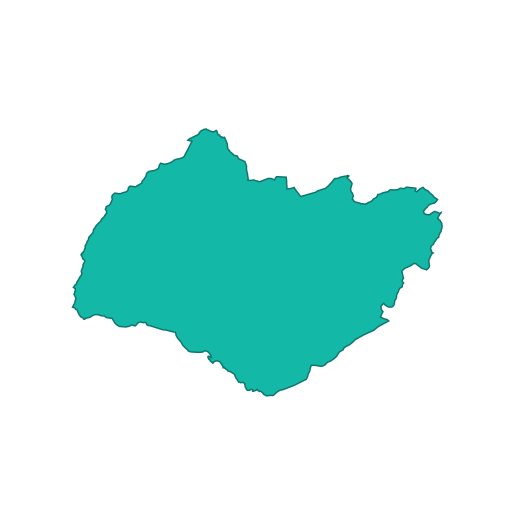 Certeju De Sus, Hunedoara, Romania, rotated 160°
{"feature_id": "2599482B85822746413379", "entity_name": "Certeju De Sus", "entity_type": "district", "adm_level": 2, "iso_a3": "ROU", "parent_name": "Romania", "parent_adm1": "Hunedoara", "projection": "robinson", "projection_center": [22.992, 45.969], "detail": "fine", "context": "isolated", "style": "filled", "palette": "teal", "viewbox_px": 512, "rotation_deg": 160, "n_neighbors": 0, "source": "geoboundaries", "source_scale": "gbopen_adm2", "svg_char_len": 6095}
<svg xmlns="http://www.w3.org/2000/svg" viewBox="0 0 512 512"><g transform="rotate(160 256 256)"><path d="M445.9,270.6L444.1,269.2L443.6,268.2L443.7,267.7L442.4,266.2L442.6,265.0L442.2,261.5L441.6,259.2L441.5,258.8L441.1,258.7L439.8,256.8L439.5,256.3L439.4,255.4L438.8,255.2L437.3,255.7L432.8,255.2L430.7,255.8L427.8,256.1L425.0,255.1L423.7,254.4L422.0,252.8L418.9,251.5L418.3,250.1L417.2,249.0L414.0,247.4L413.7,247.0L412.7,246.9L412.4,246.1L411.6,241.6L411.1,240.4L410.1,238.5L408.4,236.5L402.5,233.8L399.2,233.4L396.7,233.7L395.7,233.4L394.4,232.2L393.2,231.6L389.8,233.5L387.8,233.6L386.7,233.3L384.5,231.7L383.4,231.7L382.7,231.2L382.0,230.5L382.2,229.0L381.3,227.8L379.0,226.4L368.4,218.3L366.3,217.5L359.7,212.9L358.2,212.4L357.9,210.9L358.2,208.4L357.7,205.4L356.0,201.0L355.3,197.1L353.9,194.0L352.3,191.1L352.2,190.0L350.3,188.3L342.7,185.0L338.9,184.0L336.6,184.5L335.2,183.6L333.6,182.0L332.5,178.3L332.6,176.1L334.4,177.8L335.2,178.1L335.8,177.6L335.6,175.1L334.7,174.7L335.0,173.7L334.7,172.7L333.2,170.0L331.6,171.0L329.0,171.0L328.4,170.7L328.3,170.9L326.8,169.7L326.0,168.7L326.0,168.0L325.2,165.8L325.4,165.7L324.8,164.3L325.1,162.3L324.1,162.3L324.1,161.5L323.5,161.1L323.0,159.9L322.5,159.6L322.1,159.0L321.9,157.7L319.1,155.5L316.7,152.2L316.6,147.8L316.0,146.8L315.5,143.6L313.8,142.2L311.3,141.6L310.3,140.0L310.9,136.4L310.5,135.3L310.6,133.8L310.0,132.8L308.4,132.0L306.1,132.3L304.7,131.1L305.4,130.2L304.9,129.8L301.6,129.8L300.6,130.3L300.1,128.8L298.9,127.4L298.2,127.5L297.9,127.3L296.6,125.3L296.1,123.4L293.7,120.9L290.1,120.1L288.0,119.2L286.8,119.3L283.7,120.7L279.5,121.7L276.4,121.2L264.1,121.4L250.9,123.0L248.8,125.0L247.3,127.3L245.2,129.1L243.0,132.5L241.5,134.3L238.4,133.3L232.7,130.2L230.9,129.8L228.6,130.1L225.1,131.7L221.8,131.8L217.8,132.8L214.3,134.3L211.9,136.4L210.5,137.3L206.2,138.1L204.7,139.6L201.8,140.3L198.6,140.6L195.0,141.8L191.2,143.5L181.4,145.1L170.7,145.9L166.7,147.4L164.3,148.0L153.5,149.6L154.5,151.4L157.4,153.4L159.9,156.0L157.2,159.0L155.7,160.2L156.4,162.2L156.2,164.8L155.9,165.7L154.0,167.2L152.2,167.8L151.8,166.5L150.2,164.1L148.9,162.8L147.8,162.2L145.5,161.6L144.7,161.8L143.1,162.8L141.7,164.9L141.0,166.6L139.0,167.9L138.1,169.2L137.6,170.7L135.7,172.9L134.6,173.6L133.7,174.9L131.9,176.5L129.2,177.0L128.3,179.0L126.5,180.2L127.3,181.9L126.8,183.4L125.1,184.5L124.3,190.5L124.3,191.7L122.7,192.7L119.9,193.6L113.6,194.0L110.1,195.0L108.1,193.8L107.4,192.3L104.4,187.9L100.5,184.7L98.1,185.6L96.6,187.0L96.3,187.5L96.3,188.5L95.8,189.9L95.7,191.1L94.9,193.1L90.8,197.3L90.1,197.8L88.5,198.3L89.8,199.8L89.3,201.1L89.6,203.0L88.1,205.2L85.1,206.6L83.4,208.4L82.7,208.6L80.5,210.3L79.2,210.9L78.0,211.1L76.5,213.7L75.6,214.1L75.1,215.0L73.8,215.6L73.1,217.1L72.0,218.2L70.7,221.0L70.6,222.3L70.2,223.3L70.8,225.2L70.9,226.6L71.8,227.5L71.7,228.2L72.3,229.5L71.0,230.8L70.0,231.4L69.2,232.4L68.0,232.7L67.3,233.5L68.8,233.3L69.4,233.6L70.8,235.3L73.0,236.8L77.7,235.9L78.2,235.4L80.2,235.9L82.4,237.2L83.2,238.1L83.5,239.0L83.2,241.1L82.5,241.2L80.6,242.5L78.4,243.3L77.4,244.2L76.0,244.8L74.3,245.1L70.1,244.7L68.4,245.4L66.1,247.0L68.6,250.5L69.1,252.4L71.3,256.2L71.9,258.1L74.4,260.6L75.5,263.3L78.6,263.2L82.7,261.5L83.3,261.5L84.2,262.7L82.9,264.0L82.7,265.1L91.0,269.2L93.9,268.6L96.8,270.2L98.1,270.3L99.8,269.9L100.8,270.0L103.8,270.9L107.3,272.3L108.8,271.9L109.5,271.2L114.8,272.0L118.9,271.7L120.5,272.2L121.5,270.9L123.0,269.8L126.0,269.5L128.2,268.2L129.8,267.9L132.4,267.8L133.9,267.3L134.5,267.6L135.8,267.3L137.5,268.5L139.6,269.1L140.3,270.2L143.6,272.3L144.6,273.2L145.3,274.1L145.3,275.1L146.0,276.3L145.9,276.7L144.4,278.6L144.0,279.7L144.0,282.2L144.6,283.7L144.6,284.9L144.1,286.8L141.0,291.1L141.1,292.7L141.7,293.9L141.7,294.5L142.7,296.4L143.6,297.5L143.4,297.9L143.8,298.2L143.6,298.6L141.8,299.0L141.4,299.6L142.5,300.4L143.5,300.0L144.2,300.4L150.2,301.3L152.2,300.9L155.4,301.8L156.6,301.4L158.8,299.8L164.8,296.8L167.8,295.8L175.7,296.1L178.1,295.5L193.7,296.6L196.4,305.3L196.7,307.4L200.4,307.5L204.0,308.4L203.0,311.3L202.7,312.9L201.6,315.9L200.7,319.8L209.6,323.5L210.8,322.8L212.0,321.5L212.6,321.2L215.2,323.6L217.8,324.7L227.0,324.5L227.9,324.8L229.0,326.0L230.4,326.7L232.1,328.3L234.5,328.6L237.8,330.0L237.0,331.1L236.8,332.0L236.1,335.7L235.8,336.4L235.8,338.2L235.0,341.7L234.2,343.4L234.1,348.5L239.1,353.4L239.4,356.3L242.3,358.2L242.6,359.3L244.8,363.1L244.9,364.4L245.6,365.2L245.8,366.6L244.6,371.6L245.0,378.3L247.4,378.8L247.2,379.3L248.4,380.2L248.7,380.7L248.8,382.1L250.2,382.9L250.1,386.5L250.3,387.5L251.1,387.6L252.5,387.1L254.0,387.3L254.6,387.9L256.2,388.8L256.9,389.8L259.1,391.6L259.2,392.3L261.6,392.8L265.1,392.3L267.2,391.2L268.0,390.0L278.7,388.8L280.4,388.1L276.9,385.7L288.9,374.6L290.1,373.8L291.7,373.5L294.7,373.6L297.6,374.1L300.3,374.1L302.4,373.2L303.7,373.2L304.8,372.9L307.7,373.1L310.6,373.4L312.4,374.8L314.0,375.8L315.8,374.3L317.4,372.0L318.1,371.6L321.1,371.1L322.6,371.2L327.7,372.1L330.1,371.3L330.6,370.9L331.7,369.1L333.5,367.5L334.3,367.1L335.1,366.3L337.3,365.3L338.5,363.5L343.4,362.7L345.2,362.2L346.1,362.4L347.8,363.5L350.6,364.7L352.4,364.0L353.8,361.6L355.8,360.7L359.5,361.0L361.7,360.9L363.9,361.5L366.3,363.0L367.5,363.4L370.3,362.1L371.3,360.8L371.7,358.3L374.7,355.1L376.4,353.9L379.7,353.6L380.3,353.1L380.4,352.5L381.5,351.6L381.6,351.2L381.0,349.6L381.7,347.4L384.0,346.0L385.8,344.5L388.1,343.6L390.5,341.7L393.8,340.2L396.2,338.9L398.2,337.2L399.4,336.6L401.2,333.7L406.6,330.8L408.3,328.2L409.7,327.5L410.0,327.2L410.1,326.4L412.9,324.2L413.5,322.9L413.7,321.7L414.6,321.2L416.1,319.2L417.1,318.9L417.5,318.3L418.4,318.2L418.5,317.7L418.8,317.9L420.1,316.9L419.6,315.5L419.7,312.3L418.8,311.2L418.4,309.7L421.4,307.2L422.4,304.9L425.1,301.9L425.6,301.0L425.5,299.5L426.2,298.1L428.8,296.4L429.3,296.0L429.4,295.6L433.0,292.9L434.4,291.1L436.0,290.6L437.4,289.4L438.1,289.3L438.2,289.2L437.8,289.0L438.0,288.5L437.0,287.1L437.6,285.4L440.1,282.3L439.6,278.3L439.9,277.4L440.5,276.5L441.1,276.2L441.7,274.7L443.2,273.0L444.6,272.1L444.8,271.5L445.9,270.6Z" fill="#14b8a6" stroke="#0f766e" stroke-width="1.5"/></g></svg>